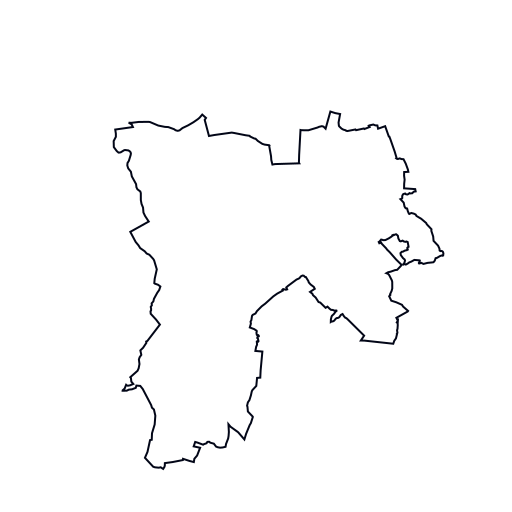 the district of Benesat, Salaj, Romania, rotated 249°
{"feature_id": "2599482B99143451479109", "entity_name": "Benesat", "entity_type": "district", "adm_level": 2, "iso_a3": "ROU", "parent_name": "Romania", "parent_adm1": "Salaj", "projection": "mercator", "projection_center": [23.261, 47.406], "detail": "fine", "context": "isolated", "style": "outline", "palette": "ink", "viewbox_px": 512, "rotation_deg": 249, "n_neighbors": 0, "source": "geoboundaries", "source_scale": "gbopen_adm2", "svg_char_len": 6102}
<svg xmlns="http://www.w3.org/2000/svg" viewBox="0 0 512 512"><g transform="rotate(249 256 256)"><path d="M150.2,378.3L156.1,375.2L158.1,374.8L162.5,370.4L165.8,366.3L170.7,365.9L171.5,367.5L172.2,367.4L174.8,370.1L176.9,371.6L183.0,373.9L184.5,374.1L190.4,373.5L192.0,372.9L193.2,371.6L193.5,373.6L193.1,376.2L193.0,380.7L192.5,382.9L195.4,388.8L202.4,385.6L211.6,382.2L215.1,380.6L216.4,380.3L222.6,377.7L223.8,377.7L224.0,377.6L223.7,376.6L223.7,375.7L225.1,375.6L225.3,376.6L226.5,378.7L226.1,379.4L225.2,380.4L224.5,382.5L224.9,386.4L225.5,389.2L225.8,390.1L226.5,390.7L226.5,391.6L226.1,391.6L226.2,394.0L226.0,394.7L224.1,395.7L221.3,395.2L218.4,395.6L217.8,396.4L217.8,398.4L216.5,399.3L215.6,400.8L215.6,401.7L214.7,402.6L210.2,401.8L209.9,401.7L209.9,401.1L209.4,400.2L207.8,400.0L208.0,399.5L207.4,399.0L207.7,396.8L207.4,394.7L207.7,393.6L206.9,391.9L205.0,391.5L201.3,392.5L199.5,393.5L198.4,393.5L196.4,392.1L195.7,390.8L195.2,390.8L195.3,391.9L194.4,392.6L194.3,393.0L194.6,395.0L195.1,396.7L195.1,399.0L195.6,402.4L193.4,407.0L193.1,407.3L192.2,406.8L191.1,405.5L190.8,405.5L190.7,406.1L190.4,406.2L190.4,407.8L188.6,409.5L188.1,413.7L186.6,419.2L187.0,420.4L187.9,421.5L189.6,422.9L189.4,424.3L190.0,427.7L189.9,430.0L189.4,430.3L189.4,430.9L191.3,431.9L192.8,432.0L193.6,431.7L194.3,430.9L194.5,429.9L195.3,429.4L197.1,429.9L200.4,429.7L206.5,427.2L210.7,428.4L216.6,428.7L218.1,429.4L224.4,426.8L225.8,426.7L231.5,423.6L235.8,420.2L237.5,419.9L239.0,418.5L240.5,416.4L240.3,414.2L240.7,413.9L243.6,413.8L245.9,414.1L246.5,413.9L246.7,413.1L247.6,412.6L249.0,412.4L252.9,413.0L257.3,411.2L257.3,412.5L257.7,413.3L259.6,414.0L260.8,415.2L261.0,415.9L260.9,417.6L260.1,417.9L259.2,419.2L259.2,420.3L259.7,421.8L259.2,422.2L258.6,424.3L259.5,426.3L259.1,428.2L261.4,428.6L266.1,418.5L270.3,420.2L274.0,422.1L277.8,423.0L281.3,424.4L280.0,428.4L282.3,428.8L288.5,428.9L293.5,428.4L294.4,426.5L295.6,425.2L295.7,423.2L296.2,422.4L297.0,421.9L297.2,422.4L303.8,422.9L317.0,423.3L319.6,423.3L320.0,422.8L330.9,423.1L331.1,415.6L334.4,416.1L335.1,414.3L336.7,412.6L337.3,408.5L337.2,407.9L335.7,408.3L335.7,402.7L336.4,402.4L337.6,394.5L338.5,394.2L339.9,386.1L340.6,385.0L341.2,384.8L342.7,382.8L344.3,381.5L347.3,380.1L348.0,380.1L351.0,380.9L358.4,385.4L361.0,381.2L364.2,377.2L349.9,366.6L352.6,365.4L353.6,364.0L354.0,361.2L353.9,359.5L354.6,350.0L357.1,343.6L357.7,342.7L334.9,332.5L327.7,329.5L327.0,329.6L335.0,306.7L335.5,304.1L340.2,304.7L343.8,305.8L353.7,307.7L354.3,308.2L354.7,308.0L356.9,304.0L358.4,302.1L362.8,298.9L365.7,297.6L366.2,296.6L369.7,293.3L370.5,293.1L372.5,289.5L378.6,279.8L379.9,277.6L383.9,260.4L384.9,255.1L401.5,256.9L402.8,258.8L407.3,256.5L405.3,252.8L404.6,250.8L403.3,245.5L402.3,239.4L401.8,233.2L400.7,229.7L400.8,228.5L401.0,227.6L402.2,226.0L403.8,224.9L407.8,220.3L409.2,217.2L412.8,211.5L419.0,205.1L419.7,203.9L423.2,194.5L425.0,187.3L426.1,184.9L423.4,187.1L420.5,187.3L424.5,169.9L420.4,169.0L417.5,167.9L414.3,164.3L408.6,162.3L403.9,163.6L401.8,164.7L401.4,165.9L401.3,167.0L402.0,170.7L401.9,171.7L400.3,174.7L399.1,175.6L397.7,176.1L396.4,175.9L395.1,175.1L390.4,171.4L388.9,169.4L386.7,168.3L383.6,168.1L379.5,169.4L374.8,168.6L366.1,169.8L363.0,169.0L360.8,169.2L357.7,171.1L356.0,171.0L349.4,168.5L345.6,167.8L341.7,167.9L336.9,166.5L333.1,166.8L326.6,168.2L323.6,147.3L312.2,148.7L308.1,150.1L304.9,150.7L300.3,153.8L297.5,154.8L295.4,156.9L290.1,159.0L288.4,159.3L279.1,158.6L271.1,153.3L267.1,151.3L266.4,151.7L264.3,154.2L261.8,155.8L258.9,153.4L257.1,150.7L252.6,145.4L250.4,143.9L249.2,141.6L247.3,141.1L246.2,139.5L244.4,139.2L242.7,138.5L242.2,137.7L239.8,137.0L232.5,139.9L226.4,141.7L215.6,124.1L215.5,122.8L214.2,122.5L210.8,117.7L209.3,114.2L204.8,113.5L203.2,111.1L201.4,109.6L196.9,108.5L193.2,106.2L191.3,104.3L187.9,95.2L186.9,95.5L183.4,94.6L180.5,95.6L180.4,92.0L180.8,89.9L181.5,89.0L182.3,88.6L179.3,85.8L178.4,83.4L178.0,83.2L176.6,87.1L176.8,89.5L176.0,92.4L176.0,96.5L177.9,97.9L176.2,101.4L172.4,102.6L154.4,104.7L151.7,104.5L149.3,105.7L143.0,104.8L135.0,101.0L127.8,95.4L121.8,92.8L122.1,91.1L112.0,84.5L107.4,80.0L96.1,84.5L94.9,86.0L93.2,89.4L92.9,91.3L90.5,93.0L91.8,94.8L92.9,95.7L95.3,96.7L93.5,104.4L91.7,114.6L92.8,115.2L88.4,120.6L85.9,124.1L88.8,125.8L90.8,129.5L97.0,135.1L100.6,129.6L104.2,132.6L102.6,134.7L98.8,139.0L99.0,139.9L98.9,142.7L99.8,143.8L99.8,144.5L99.3,145.8L98.1,146.4L95.9,149.4L92.4,150.4L91.2,151.7L89.9,153.8L89.2,156.3L88.8,159.2L91.3,160.7L95.6,164.6L97.8,165.9L101.4,167.6L108.8,170.0L105.8,171.0L97.8,176.2L88.9,179.4L93.6,183.1L100.4,189.5L101.8,191.3L106.8,195.3L107.2,195.4L113.7,192.7L118.3,194.0L119.4,194.0L122.3,196.0L123.8,198.2L127.7,201.3L131.2,203.6L132.1,204.6L134.6,209.7L141.8,213.3L140.9,216.4L147.5,219.3L164.5,227.7L167.6,221.4L171.2,223.6L172.8,225.2L175.9,226.1L176.0,226.6L175.3,227.4L175.6,227.8L178.3,228.2L178.9,227.8L179.6,228.1L180.0,228.6L180.0,229.8L180.2,230.0L181.3,229.8L181.9,228.6L182.3,228.5L184.2,228.9L185.1,229.6L186.0,229.8L188.4,228.1L191.5,224.6L194.7,227.0L196.7,227.4L197.8,228.7L201.5,230.8L202.2,231.8L202.5,234.9L204.2,237.1L207.0,243.3L208.2,247.5L212.1,257.7L213.3,262.4L214.1,268.6L215.0,268.5L215.4,269.5L213.8,271.8L213.7,273.1L215.8,273.0L216.6,275.1L219.5,285.4L219.6,287.9L219.9,288.9L220.9,290.6L221.1,292.4L220.9,292.8L220.5,293.5L218.8,294.3L218.5,295.0L213.9,295.9L212.4,295.8L209.8,296.8L206.4,298.9L204.3,299.1L203.1,293.6L200.6,295.1L198.9,295.2L195.9,296.8L190.6,297.9L189.5,299.3L182.7,302.4L183.1,304.6L180.4,305.8L178.8,306.8L178.1,308.4L177.2,309.2L176.3,311.5L175.9,311.5L175.4,310.1L174.1,308.2L172.9,305.4L172.2,304.7L170.0,303.2L167.6,302.2L167.8,303.2L167.4,304.2L167.6,305.8L168.9,308.0L169.1,309.3L168.8,310.1L169.0,311.8L170.6,314.1L170.8,316.0L168.3,316.5L166.4,317.2L165.6,318.1L164.0,318.9L142.9,328.4L139.5,323.6L138.2,326.8L124.9,352.7L127.3,354.7L128.9,357.1L132.3,359.5L132.8,359.5L133.6,360.5L136.2,361.1L137.3,362.0L140.5,363.5L142.6,364.2L143.5,363.6L144.3,364.6L143.8,364.8L145.9,365.8L146.1,365.1L148.0,364.9L149.8,377.7L150.2,378.3Z" fill="none" stroke="#020617" stroke-width="2"/></g></svg>